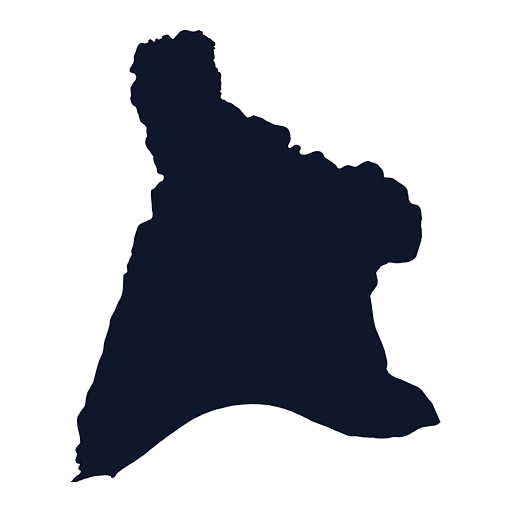 the district of Hatu-Udo, Ainaro, East Timor
{"feature_id": "22284137B3809405900530", "entity_name": "Hatu-Udo", "entity_type": "district", "adm_level": 2, "iso_a3": "TLS", "parent_name": "East Timor", "parent_adm1": "Ainaro", "projection": "orthographic", "projection_center": [125.605, -9.116], "detail": "fine", "context": "isolated", "style": "filled", "palette": "ink", "viewbox_px": 512, "rotation_deg": 0, "n_neighbors": 0, "source": "geoboundaries", "source_scale": "gbopen_adm2", "svg_char_len": 5965}
<svg xmlns="http://www.w3.org/2000/svg" viewBox="0 0 512 512"><path d="M103.3,353.0L99.9,360.9L98.3,365.6L94.0,382.3L88.0,392.8L86.5,398.9L86.0,404.3L85.1,406.9L81.7,411.3L79.8,414.4L78.2,416.9L77.7,421.1L78.4,427.6L80.7,437.4L81.0,443.4L78.6,445.8L77.3,447.4L76.1,449.7L76.4,450.7L77.7,453.2L77.8,454.8L77.4,456.6L76.5,458.3L76.1,459.8L76.5,461.8L77.9,462.8L80.2,463.1L80.7,463.7L80.8,464.5L79.0,468.2L79.1,468.9L79.9,469.5L80.7,469.8L81.5,470.6L81.6,471.4L81.5,472.6L80.1,474.3L79.0,475.4L77.8,475.8L76.8,476.5L75.6,477.9L74.0,479.3L73.5,480.4L72.4,481.3L76.5,481.2L77.5,480.9L78.7,480.0L80.8,479.6L84.2,478.1L86.5,477.7L90.4,476.4L93.9,475.5L97.1,475.1L104.9,474.5L107.6,474.5L111.6,475.6L111.9,477.1L112.3,477.4L112.5,477.3L112.7,477.2L113.1,476.4L114.2,476.5L114.4,475.8L116.2,473.3L117.2,472.2L121.8,468.7L129.1,463.9L133.4,461.4L139.9,456.7L142.7,454.9L147.9,450.8L149.6,449.1L152.6,447.0L158.5,442.2L164.2,438.1L165.0,437.3L166.6,436.3L169.1,434.3L171.3,433.0L178.9,427.5L189.1,420.7L193.6,418.1L203.0,413.4L207.3,411.9L212.6,409.8L216.5,408.6L218.7,408.2L232.1,404.9L243.9,403.7L250.1,403.4L255.0,403.4L260.6,403.6L269.5,404.5L279.5,406.7L285.3,408.4L290.7,410.3L299.3,414.0L307.5,417.9L309.8,419.2L312.9,420.8L327.8,426.4L334.9,429.6L341.2,432.0L344.1,433.4L347.9,434.9L350.5,435.5L356.7,435.5L363.6,436.6L367.0,436.7L369.1,437.0L373.7,436.9L376.1,437.5L379.4,437.6L380.3,437.8L387.6,437.5L393.4,436.2L399.5,436.4L401.8,436.2L408.1,434.2L411.1,432.2L414.0,430.8L418.2,428.2L422.0,426.6L428.2,425.7L430.7,425.1L434.3,425.0L437.1,423.9L439.6,421.9L431.8,404.1L429.7,401.3L428.0,399.7L422.0,391.5L420.4,389.8L417.7,387.8L402.2,380.8L394.5,377.8L391.1,376.0L387.9,373.1L386.4,370.4L385.8,369.1L385.6,368.1L386.2,366.9L386.5,364.8L386.5,361.6L383.8,350.2L380.9,342.5L375.4,329.7L374.3,326.1L373.0,320.3L370.8,304.0L369.5,296.4L370.1,294.3L371.3,291.9L375.3,286.7L376.7,284.2L376.9,280.5L376.6,278.7L375.2,272.7L377.2,269.7L378.8,268.2L379.3,267.1L380.3,265.8L382.8,264.5L386.4,263.2L388.0,261.8L389.4,261.7L392.0,261.9L394.8,262.4L398.1,262.5L407.9,261.3L411.3,260.0L412.6,259.1L414.9,257.2L415.7,255.9L420.5,240.4L421.1,237.0L421.0,229.5L420.6,227.8L420.3,225.8L420.6,220.7L421.4,218.2L420.8,216.4L420.6,212.3L419.7,208.5L417.9,206.3L416.2,205.5L413.9,205.1L411.0,204.1L410.2,203.4L408.3,200.4L408.0,199.4L407.7,195.5L407.1,193.1L406.9,190.9L406.5,189.7L404.4,186.9L397.2,182.1L395.2,180.6L392.9,179.2L391.8,178.7L385.9,178.2L383.4,177.8L383.1,176.7L383.0,173.6L382.1,170.8L381.2,169.6L380.0,168.4L378.0,165.9L377.0,165.0L375.4,164.1L371.3,162.9L368.8,161.8L367.6,161.7L366.1,162.0L364.6,162.6L360.1,165.2L357.2,167.2L355.9,167.5L354.1,167.5L349.0,166.0L347.7,166.0L345.8,166.4L344.2,167.1L341.3,169.1L338.3,169.2L337.6,168.9L336.8,168.1L335.3,165.6L331.9,162.9L325.4,158.7L324.3,157.8L323.4,156.6L322.9,155.1L322.2,153.9L321.0,152.8L319.7,152.2L318.3,151.8L315.0,152.0L306.6,155.2L304.3,155.5L302.0,155.3L300.6,155.0L299.6,154.2L299.0,153.3L298.8,152.1L298.7,151.2L299.2,150.0L300.0,148.8L300.1,147.8L299.4,146.8L298.2,146.0L296.8,145.5L295.4,145.6L294.0,146.4L292.9,147.3L290.3,148.7L289.2,148.9L288.2,148.3L287.5,147.4L287.3,146.2L287.4,145.2L289.3,141.6L289.8,140.2L289.9,138.7L289.5,134.2L289.2,132.6L287.9,129.9L286.9,128.8L285.0,127.7L282.4,126.8L274.4,125.4L265.4,121.2L262.2,118.9L260.7,118.3L259.1,118.0L253.5,116.1L250.3,117.6L248.7,118.1L247.6,118.2L246.9,117.9L245.4,117.1L239.1,109.6L231.1,103.9L229.9,103.4L226.9,102.6L224.2,100.5L222.2,100.3L221.6,99.9L219.8,97.8L220.0,96.7L219.7,94.3L220.5,94.4L220.9,93.7L220.6,93.0L219.9,92.3L218.9,91.9L218.8,90.3L219.6,90.1L220.4,89.6L220.6,88.4L220.1,86.8L220.7,83.3L219.9,80.1L220.6,75.9L220.1,73.6L219.4,72.9L217.4,72.0L217.4,70.5L217.1,69.2L216.4,68.6L214.8,67.7L214.6,64.7L214.1,63.2L213.9,62.5L213.2,61.8L212.4,60.3L213.7,58.4L214.0,57.1L213.2,53.0L213.4,51.2L212.3,49.9L214.3,48.3L213.6,47.2L212.3,46.6L213.1,45.8L214.3,45.1L214.6,43.8L214.4,43.0L210.7,40.0L209.9,39.1L208.0,38.8L206.4,37.0L204.2,35.8L202.4,35.1L201.9,34.4L202.1,33.3L201.9,32.5L201.4,31.7L200.3,31.7L199.2,30.8L194.1,32.4L190.9,32.0L187.7,31.1L185.4,30.7L183.8,30.7L180.1,32.6L178.5,34.6L174.5,38.7L174.0,39.6L173.2,39.9L172.2,39.7L170.7,38.4L168.3,35.9L167.7,35.4L166.2,35.4L164.5,36.0L163.0,36.8L162.4,38.5L161.8,39.2L160.8,39.5L159.6,40.2L158.0,40.2L157.0,39.2L155.9,39.9L156.2,40.7L155.6,42.1L154.2,42.5L153.0,42.3L150.4,39.9L149.0,40.9L149.4,41.6L149.2,42.4L147.9,43.4L144.9,44.3L141.8,43.6L140.8,43.8L139.9,44.4L138.5,45.8L137.1,49.6L136.6,51.7L134.7,56.0L134.6,56.9L134.6,59.8L134.3,62.4L133.7,63.7L130.4,69.1L130.3,70.3L130.4,71.0L131.2,71.9L134.7,72.8L135.7,73.8L136.3,74.7L137.1,76.7L136.8,78.8L136.1,80.5L133.8,83.3L131.5,87.2L131.2,88.8L131.5,91.2L131.8,95.7L131.1,98.0L131.0,98.9L132.2,102.9L133.1,104.2L133.8,104.9L135.9,106.1L136.5,106.8L137.6,109.4L138.2,112.7L138.9,113.5L139.3,114.6L140.5,119.8L140.9,120.7L141.6,121.7L145.1,124.4L146.2,125.6L147.0,126.8L147.3,127.7L147.1,132.5L147.8,134.0L148.1,135.2L147.5,137.3L146.5,138.5L145.9,142.2L146.3,144.2L147.1,146.2L148.3,148.4L150.2,150.7L154.1,156.4L154.2,157.5L154.0,158.9L154.5,161.7L155.1,163.3L156.1,165.0L157.4,167.9L157.7,171.1L158.1,172.3L159.5,173.3L162.2,173.8L163.3,174.3L163.9,175.0L164.3,176.1L164.5,177.1L164.5,178.2L164.1,179.8L163.5,180.9L162.7,181.6L160.4,182.6L159.5,183.2L157.2,185.9L156.2,187.6L154.6,189.1L152.4,190.2L151.8,190.8L151.6,192.1L151.7,196.3L152.5,205.0L152.5,207.5L152.9,210.9L153.4,212.9L153.4,215.2L152.9,218.1L151.7,219.3L150.2,220.4L148.4,221.0L146.7,222.1L143.1,223.3L140.3,225.0L139.3,225.8L138.0,228.1L134.9,238.0L134.1,245.0L132.2,250.1L132.0,251.7L132.5,253.5L132.5,254.9L131.0,258.0L130.2,259.2L129.3,262.1L127.6,265.5L127.6,266.9L128.2,271.8L126.6,273.7L125.7,274.1L124.3,275.1L124.1,276.2L123.7,287.8L123.3,291.9L121.6,297.8L120.0,300.6L118.8,302.5L115.4,310.8L111.3,318.5L110.7,320.7L110.3,324.4L109.7,327.3L105.0,342.0L104.4,345.6L104.3,348.0L103.3,353.0Z" fill="#0f172a" stroke="#020617" stroke-width="1.5"/></svg>